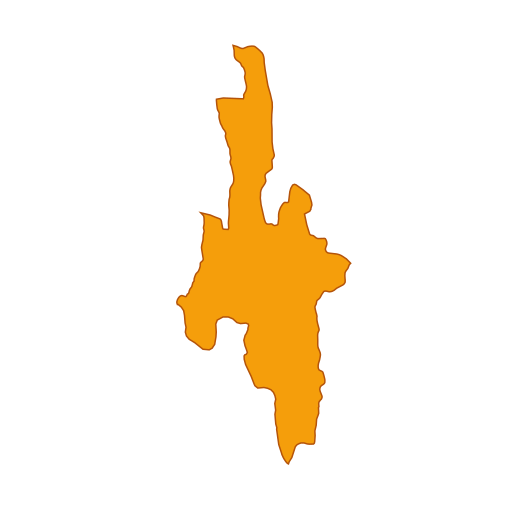 Colomba, Retalhuleu, Guatemala, rotated 164°
{"feature_id": "79465075B28232035709765", "entity_name": "Colomba", "entity_type": "district", "adm_level": 2, "iso_a3": "GTM", "parent_name": "Guatemala", "parent_adm1": "Retalhuleu", "projection": "equal_earth", "projection_center": [-91.758, 14.698], "detail": "fine", "context": "isolated", "style": "filled", "palette": "amber", "viewbox_px": 512, "rotation_deg": 164, "n_neighbors": 0, "source": "geoboundaries", "source_scale": "gbopen_adm2", "svg_char_len": 6132}
<svg xmlns="http://www.w3.org/2000/svg" viewBox="0 0 512 512"><g transform="rotate(164 256 256)"><path d="M195.2,259.7L197.2,260.8L197.9,261.3L198.4,262.3L198.6,272.0L197.8,283.0L192.0,284.2L190.3,285.9L190.1,286.7L188.2,289.6L187.8,292.3L187.9,299.8L191.4,304.9L192.5,306.6L197.9,313.4L199.3,314.3L201.2,314.1L203.9,311.5L205.8,308.4L209.7,299.1L210.5,298.7L211.8,298.9L213.2,299.5L214.1,299.6L216.1,298.5L219.0,295.9L220.5,293.9L221.8,291.9L222.7,290.0L223.5,287.5L223.9,285.7L225.2,282.6L225.8,281.2L226.4,280.2L227.4,280.0L228.5,280.0L230.0,280.2L230.8,280.8L231.2,281.5L231.9,282.4L232.8,282.8L234.6,283.0L236.4,283.6L237.1,284.4L237.6,285.4L237.8,287.4L237.8,290.2L237.0,303.9L235.9,310.5L234.9,313.2L234.1,315.9L233.1,317.8L231.6,319.7L227.9,322.8L226.9,323.9L226.0,325.1L225.7,326.4L225.5,329.5L225.2,330.6L224.7,331.6L223.5,332.7L216.8,335.3L216.2,336.0L215.8,336.9L214.3,343.8L213.7,344.5L212.7,345.1L211.8,346.0L211.0,347.0L210.6,348.0L210.2,354.5L209.1,361.2L205.6,373.7L204.3,379.8L201.8,387.8L201.0,389.9L199.3,394.5L198.1,399.3L197.6,407.8L197.6,416.7L195.9,432.3L194.8,439.7L193.9,443.3L193.7,445.2L193.7,447.3L194.1,449.3L195.7,452.3L197.2,454.7L198.7,456.8L199.5,457.8L200.4,458.3L202.1,458.9L204.2,459.3L206.2,459.5L211.1,459.0L212.4,459.4L213.7,460.2L216.5,462.6L220.0,464.8L220.1,462.7L220.2,461.8L220.3,459.9L220.5,459.1L221.1,456.7L221.5,455.2L221.7,454.1L221.7,452.7L221.5,451.5L220.9,450.1L220.2,449.1L219.1,447.7L218.0,446.2L217.6,445.0L217.4,443.2L217.2,442.4L216.2,440.8L216.0,440.1L215.9,439.1L215.8,437.8L215.8,435.7L216.1,434.3L216.7,433.0L217.1,432.3L217.5,431.6L217.8,430.2L218.0,426.9L218.1,424.2L218.3,421.8L218.7,420.5L219.2,419.3L219.6,418.5L220.6,417.1L222.7,415.1L223.5,414.1L223.8,412.4L224.3,411.3L224.9,410.6L243.9,416.9L250.8,417.6L251.2,416.4L252.0,412.3L252.6,408.3L252.6,407.3L252.5,406.5L252.3,405.7L251.9,403.6L252.2,402.7L252.9,400.9L253.3,399.5L253.5,397.8L253.6,393.7L253.5,392.7L253.0,390.4L252.8,388.7L252.6,387.9L252.2,386.6L251.6,385.2L251.3,383.8L251.2,382.4L251.5,381.5L252.3,380.1L252.5,379.1L252.6,377.4L252.4,373.5L252.4,370.2L252.3,369.3L251.7,367.2L251.7,366.0L251.8,365.2L252.8,361.6L252.9,360.4L252.9,358.4L253.0,357.6L253.2,356.6L254.0,355.2L254.7,354.2L255.0,353.3L255.1,352.3L255.1,350.6L254.9,349.9L254.9,348.7L255.0,346.4L255.2,343.2L255.4,340.1L255.5,339.2L255.7,338.1L255.9,336.9L256.4,335.4L256.7,334.4L257.2,333.4L257.6,332.7L258.3,331.8L261.3,329.1L261.9,328.4L262.5,327.4L262.9,326.6L263.3,325.6L264.3,321.7L265.0,319.8L265.7,318.7L266.3,317.7L267.4,314.8L268.2,312.3L269.2,307.3L269.9,305.1L270.4,303.4L271.4,300.7L272.8,297.2L273.5,295.1L274.5,290.4L275.5,289.2L279.7,290.7L280.2,291.1L280.4,291.8L279.9,297.1L279.7,298.5L279.7,299.5L279.9,300.8L280.4,301.6L284.3,304.5L288.7,308.0L297.2,312.8L295.4,309.3L295.3,308.1L295.6,306.3L296.6,302.4L297.1,301.0L297.5,300.1L298.4,298.4L298.8,297.4L298.9,295.1L299.0,294.1L299.8,292.6L300.5,291.5L300.9,290.7L301.4,289.3L302.1,287.2L302.6,285.8L303.3,284.6L304.9,281.8L305.8,279.9L306.1,279.1L306.5,276.3L307.4,268.8L307.5,267.9L307.7,267.2L308.6,266.2L310.1,265.4L310.8,265.1L311.5,264.5L312.5,261.5L313.8,259.4L314.8,258.2L315.6,257.3L316.2,256.8L317.3,256.2L318.3,255.6L319.0,255.0L320.3,253.3L320.8,252.6L321.7,251.2L322.2,249.8L322.6,248.8L323.4,248.3L324.3,247.5L324.8,246.5L326.1,244.4L326.7,243.8L327.8,243.0L328.4,242.6L329.6,241.1L330.9,238.9L331.7,238.4L332.4,238.3L333.9,236.7L334.6,236.3L335.3,236.5L337.5,238.1L338.5,238.5L339.8,238.4L340.8,237.9L341.6,237.5L343.4,235.8L343.9,235.1L344.8,233.6L345.0,232.3L344.9,231.0L344.3,231.0L341.9,227.5L340.6,223.4L341.1,218.6L342.6,211.2L342.9,206.8L344.9,202.3L344.9,198.3L343.2,194.4L338.7,189.5L332.7,181.0L326.8,178.7L323.5,179.5L321.1,181.6L320.1,182.4L316.8,189.3L315.2,193.8L313.4,201.7L310.9,205.1L304.5,206.5L299.4,205.0L295.6,202.0L292.7,197.3L289.5,195.3L284.2,194.3L282.3,192.8L282.2,191.2L283.7,188.8L283.9,187.7L286.7,184.1L288.3,182.8L290.9,178.4L291.3,172.8L291.0,168.9L290.9,165.7L292.4,164.2L294.0,164.1L295.0,163.2L295.8,159.9L295.9,154.6L293.8,141.6L293.1,133.7L292.8,131.6L290.7,128.6L284.6,127.4L281.4,125.7L278.5,123.3L276.8,120.1L276.3,116.5L276.5,112.9L278.6,109.0L279.6,102.4L281.4,98.7L283.3,89.1L283.3,85.1L283.9,83.9L286.1,68.5L285.8,59.8L285.8,58.0L285.3,54.6L284.8,52.6L284.0,50.1L283.0,48.0L282.1,47.2L280.8,49.1L277.1,52.4L270.8,61.8L268.8,63.2L266.8,63.7L264.3,63.9L261.3,63.0L258.5,61.2L256.5,60.4L252.6,59.4L251.5,60.0L250.7,61.5L248.7,67.0L247.6,71.7L244.8,76.7L242.7,82.5L240.3,85.7L239.1,87.5L238.5,89.9L237.7,93.2L237.1,93.7L236.9,94.6L236.4,96.9L236.0,97.8L235.6,98.4L234.8,99.0L233.6,99.9L232.5,100.5L231.9,101.3L231.4,102.1L231.2,102.9L231.2,103.6L231.6,107.9L231.6,109.2L231.5,110.2L231.1,111.1L230.6,112.0L229.8,112.8L228.8,113.4L226.8,114.0L225.9,114.4L225.3,114.8L224.7,115.5L224.4,116.4L224.1,117.4L223.9,118.3L223.8,119.6L223.7,122.3L223.7,124.9L223.8,126.0L224.3,126.8L224.8,127.3L225.8,128.1L226.8,129.2L227.0,130.4L227.0,131.2L226.8,132.3L226.4,133.7L225.4,135.8L223.6,138.5L222.3,141.0L221.3,143.2L221.1,144.3L221.0,145.3L221.2,148.0L221.5,150.2L221.5,151.6L221.3,152.8L221.1,153.7L219.8,158.2L218.6,162.9L217.9,164.6L217.1,165.8L216.0,167.0L215.6,168.0L215.5,168.7L215.4,174.0L215.2,176.7L215.0,178.0L214.6,179.7L214.0,181.2L213.9,182.2L213.8,183.8L213.9,185.1L213.7,188.5L213.5,190.4L213.2,191.2L212.5,192.1L211.8,192.7L211.3,193.4L210.9,194.2L210.3,195.4L209.8,196.3L209.2,196.6L207.6,197.3L206.6,197.8L205.6,198.6L203.3,201.0L201.6,202.4L200.7,203.1L200.1,203.3L199.5,203.2L198.8,203.1L198.0,202.8L195.5,201.4L194.5,201.2L193.6,201.1L192.5,201.1L190.4,201.5L187.3,202.8L182.0,203.9L180.2,204.3L178.8,205.0L177.6,206.2L177.3,207.0L176.9,208.4L176.6,210.0L176.0,212.7L175.0,215.4L174.4,216.1L173.7,216.8L172.7,217.6L171.7,218.3L171.1,218.8L170.1,220.1L169.4,221.1L168.7,221.9L167.0,222.9L169.9,228.3L172.7,231.6L174.0,233.0L175.7,234.4L177.7,235.6L184.9,238.6L186.2,239.3L187.1,240.5L187.4,241.5L187.5,242.5L187.4,243.6L186.6,245.0L184.8,247.5L184.3,248.8L184.1,250.5L184.3,252.4L184.6,253.5L185.2,254.0L191.8,255.7L193.1,256.7L195.2,259.7Z" fill="#f59e0b" stroke="#b45309" stroke-width="1.5"/></g></svg>